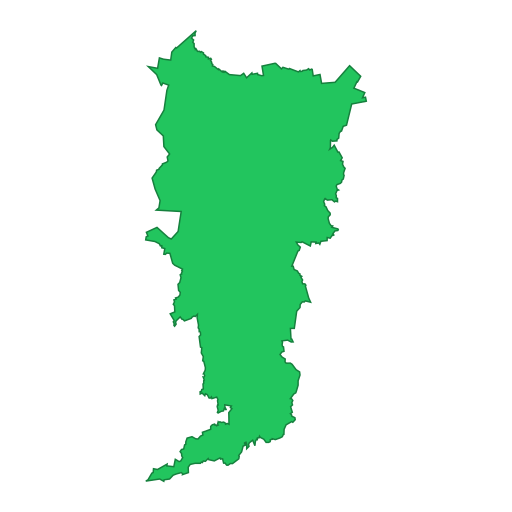 Sombrerete, Zacatecas, Mexico
{"feature_id": "50627088B37506773175318", "entity_name": "Sombrerete", "entity_type": "district", "adm_level": 2, "iso_a3": "MEX", "parent_name": "Mexico", "parent_adm1": "Zacatecas", "projection": "robinson", "projection_center": [-103.603, 23.575], "detail": "fine", "context": "isolated", "style": "filled", "palette": "green", "viewbox_px": 512, "rotation_deg": 0, "n_neighbors": 0, "source": "geoboundaries", "source_scale": "gbopen_adm2", "svg_char_len": 6040}
<svg xmlns="http://www.w3.org/2000/svg" viewBox="0 0 512 512"><path d="M160.1,200.6L158.9,207.9L156.3,210.1L181.2,211.5L178.1,231.5L171.3,239.0L168.4,237.7L157.0,227.4L146.4,232.3L147.9,236.0L146.2,236.8L145.7,239.9L154.9,241.5L159.3,243.7L160.4,245.9L161.8,245.7L161.8,247.8L164.8,248.5L163.8,254.2L165.3,254.4L166.7,253.1L169.9,253.3L172.7,263.3L174.7,265.2L182.5,269.1L181.7,270.7L182.4,271.2L181.3,273.6L181.6,274.1L180.2,274.8L181.0,277.7L179.7,282.6L178.0,284.3L178.6,290.4L180.3,292.4L179.9,295.1L178.1,297.2L175.6,297.9L176.2,299.1L173.9,299.9L174.5,301.9L173.3,304.3L174.5,305.7L174.8,311.9L170.2,313.8L174.0,320.2L174.1,320.9L173.3,321.8L174.2,323.8L173.9,325.3L174.6,326.2L176.1,324.2L175.6,322.1L176.2,320.8L180.2,316.9L181.9,319.2L183.2,319.5L184.4,320.9L191.2,318.4L192.1,317.1L194.0,316.0L195.2,316.5L197.4,314.4L197.1,317.6L198.5,325.0L198.2,327.9L199.1,329.1L199.2,331.6L199.8,331.5L200.4,332.4L200.6,335.0L199.1,336.5L200.5,347.1L201.8,347.7L201.3,352.9L203.3,356.6L202.7,360.8L203.8,361.3L205.4,367.7L205.2,370.2L203.4,373.8L204.0,373.8L204.7,375.8L203.8,377.3L203.2,377.1L204.3,380.2L203.7,380.6L203.7,383.3L203.0,384.0L203.3,389.0L201.8,389.5L201.2,391.5L200.1,391.8L200.2,394.0L202.1,393.1L204.8,395.7L205.6,393.1L205.8,394.1L207.3,394.6L209.1,398.0L210.3,398.1L211.4,396.9L211.9,398.6L216.7,397.1L218.0,399.6L217.5,400.7L218.2,404.9L217.6,404.9L217.2,406.6L218.2,410.4L217.4,412.4L218.1,413.0L221.3,411.3L223.5,410.9L224.3,408.5L226.4,410.0L224.9,407.1L224.8,404.8L231.4,406.0L230.4,407.6L231.9,408.7L228.8,412.6L229.0,424.3L227.4,423.5L225.6,424.2L225.6,423.3L223.7,422.1L221.4,422.5L219.9,421.8L218.7,422.4L218.2,421.8L217.6,424.0L218.3,425.1L216.5,425.8L216.0,424.9L215.0,425.2L214.6,424.1L212.3,424.8L210.7,426.4L210.7,429.3L202.4,432.3L202.9,435.0L200.5,436.1L198.0,439.0L195.7,438.8L192.0,436.7L187.1,438.1L185.8,441.9L185.8,444.2L184.6,444.9L183.7,449.0L181.5,449.5L180.1,451.6L181.6,453.6L181.7,455.8L182.7,457.6L180.8,460.9L179.1,461.6L175.3,459.3L173.8,466.7L166.8,465.9L167.1,464.1L157.5,469.5L153.5,468.7L153.2,472.5L151.9,473.1L148.0,479.8L145.8,481.1L159.7,479.0L163.8,481.3L164.1,479.8L169.6,479.0L173.1,475.2L176.5,473.9L181.3,472.6L182.7,473.8L182.5,474.6L188.4,472.6L188.2,467.2L190.2,464.4L195.1,463.3L200.4,463.3L201.4,462.1L202.4,462.5L203.3,461.0L205.4,461.3L208.2,458.5L208.8,459.7L214.3,460.9L219.8,458.0L220.6,458.2L220.6,459.1L222.6,458.8L223.6,463.1L225.1,463.1L226.6,465.1L228.0,465.2L230.4,463.5L232.5,463.6L238.8,458.8L239.2,456.3L238.7,455.5L241.6,451.9L243.1,446.1L246.0,444.9L245.6,443.6L244.6,443.7L244.6,442.8L246.0,442.2L246.7,444.4L246.7,448.7L249.0,446.4L248.6,444.4L249.3,442.8L252.7,440.2L254.9,445.7L255.4,441.3L256.6,439.3L257.3,439.6L257.4,437.9L259.1,437.8L259.5,436.2L260.3,437.4L263.8,439.2L266.1,442.4L268.6,442.4L270.2,441.6L270.3,439.7L272.3,439.3L272.3,438.7L275.3,439.6L280.3,437.8L282.3,436.7L283.4,434.3L283.9,434.3L284.1,429.3L286.1,424.8L291.7,421.6L292.8,422.3L295.2,419.7L294.9,417.7L291.8,416.2L291.6,414.9L290.4,413.7L292.3,412.3L290.6,406.7L292.5,404.9L291.8,402.7L292.8,400.5L291.6,398.8L290.4,398.6L293.9,393.9L295.8,392.8L296.5,390.7L298.1,385.2L298.1,380.8L300.0,375.0L299.6,371.9L296.1,369.7L292.1,364.3L290.3,363.1L286.2,363.2L285.0,361.8L285.2,359.0L282.1,357.1L280.0,354.5L281.9,352.0L284.0,351.3L283.5,346.9L282.6,346.5L282.1,344.8L282.5,342.3L281.9,340.9L287.6,340.1L291.2,342.0L293.1,341.9L291.7,339.0L291.0,339.0L290.4,328.4L294.3,328.4L296.7,311.2L300.0,307.5L300.2,304.4L302.4,301.8L304.2,302.0L305.3,300.9L310.6,302.2L308.7,298.0L305.4,286.1L305.9,285.2L304.9,283.9L302.6,283.8L301.9,281.5L302.6,280.0L300.8,277.0L301.7,276.3L299.9,275.3L300.0,274.0L298.6,273.2L297.4,271.0L294.1,269.5L293.2,266.2L291.8,266.2L297.9,251.1L299.2,250.4L300.3,247.1L297.9,245.0L296.3,242.1L301.1,242.5L302.1,241.8L310.3,246.0L311.2,241.9L316.1,242.1L315.8,243.5L318.8,243.0L319.8,244.3L320.9,241.3L327.1,240.6L327.2,237.5L330.2,238.2L332.5,234.8L333.0,235.4L333.8,235.0L332.9,233.6L335.0,230.9L337.8,230.5L338.3,229.7L337.9,228.9L331.8,227.3L332.7,226.0L331.0,225.6L329.4,223.3L328.1,218.5L328.3,216.8L330.2,214.8L330.1,213.1L327.7,210.5L326.0,206.8L324.4,205.7L324.7,204.1L323.6,201.7L324.2,199.9L325.2,199.3L324.6,198.1L327.3,200.1L331.9,199.7L334.5,201.9L335.6,201.1L337.5,201.7L337.5,198.4L336.2,197.8L336.3,195.4L335.6,193.9L337.0,190.5L338.5,190.0L337.1,189.1L336.2,186.1L336.9,184.6L340.3,183.4L341.6,182.1L341.9,180.1L343.3,179.0L344.1,175.4L343.5,174.2L343.7,172.4L345.1,168.3L343.8,167.0L342.5,164.2L343.0,161.4L340.6,160.6L342.2,157.8L339.0,152.0L337.9,152.2L334.2,145.2L332.4,147.5L329.7,149.2L330.4,147.6L330.5,140.3L330.7,139.9L332.3,141.2L336.9,140.9L337.0,139.4L338.7,138.1L339.1,133.4L340.6,131.2L341.5,131.1L343.2,126.3L346.5,125.2L351.7,104.0L366.3,101.2L365.5,97.2L362.5,97.8L364.8,92.6L353.9,88.2L356.9,81.7L357.5,82.0L360.7,76.3L349.6,65.7L335.1,82.3L321.6,83.4L320.0,74.5L313.2,75.9L312.2,69.4L311.6,69.1L309.7,70.0L308.6,68.7L306.5,70.1L302.9,70.5L302.2,71.3L300.3,71.5L300.0,70.6L298.4,71.9L289.4,68.5L288.8,69.2L282.9,67.3L281.5,68.9L275.7,63.4L274.9,63.3L262.0,66.1L263.5,75.5L261.7,75.7L257.7,74.6L257.5,73.3L252.2,74.3L251.9,72.9L246.6,77.8L243.7,73.3L240.5,75.6L229.4,74.6L225.1,71.4L224.7,72.1L223.8,71.3L223.5,72.0L222.6,71.2L222.2,71.9L218.7,68.9L218.3,69.6L214.5,66.5L212.4,66.0L212.8,64.5L211.6,63.5L211.7,62.3L210.5,60.2L211.4,59.3L210.7,58.3L208.4,58.9L208.4,57.3L205.8,56.8L205.7,55.6L203.5,54.2L203.5,52.9L201.3,51.6L200.5,52.3L199.6,51.3L197.5,51.4L196.2,49.1L195.5,49.5L195.5,48.4L194.7,48.4L194.1,46.6L194.1,43.6L192.8,42.3L193.6,40.0L191.5,38.1L192.8,35.8L195.1,35.6L195.0,33.1L196.2,30.7L176.6,48.0L175.8,47.5L171.8,52.1L170.7,60.1L163.5,59.2L159.4,57.9L157.6,68.3L148.3,66.6L156.7,74.6L161.0,85.1L161.5,85.5L162.8,83.0L168.7,85.1L166.9,90.3L164.0,110.1L155.6,124.7L156.9,129.9L163.3,135.9L163.9,146.6L169.6,154.0L167.2,157.0L168.0,160.9L166.7,162.2L162.4,163.9L162.3,165.0L159.1,168.4L159.0,169.3L156.6,170.2L156.3,172.0L152.1,178.1L155.1,189.0L160.1,200.6Z" fill="#22c55e" stroke="#15803d" stroke-width="1.5"/></svg>